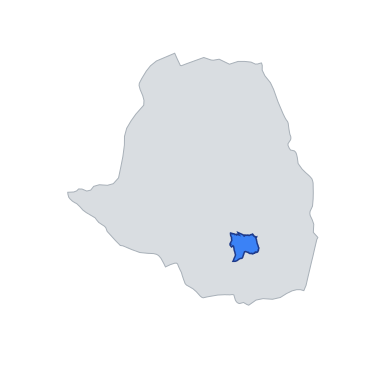 location of Mberengwa, Midlands, Zimbabwe, rotated 337°
{"feature_id": "62879985B72104982716343", "entity_name": "Mberengwa", "entity_type": "district", "adm_level": 2, "iso_a3": "ZWE", "parent_name": "Zimbabwe", "parent_adm1": "Midlands", "projection": "equal_earth", "projection_center": [30.19, -20.689], "detail": "fine", "context": "in_parent", "style": "filled", "palette": "blue", "viewbox_px": 384, "rotation_deg": 337, "n_neighbors": 0, "source": "geoboundaries", "source_scale": "gbopen_adm2", "svg_char_len": 5761}
<svg xmlns="http://www.w3.org/2000/svg" viewBox="0 0 384 384"><g transform="rotate(337 192 192)"><path d="M256.4,326.5L253.7,324.3L250.1,322.8L245.5,322.1L239.5,322.4L232.1,323.6L224.2,322.2L215.7,317.9L208.7,316.5L200.3,318.3L199.9,318.3L198.5,316.9L196.2,313.8L192.3,313.3L191.3,312.6L190.4,311.4L189.9,309.9L189.7,308.3L190.3,303.2L189.9,302.7L188.9,302.1L186.8,301.5L181.7,299.2L175.4,296.9L165.1,294.5L161.1,293.8L160.1,293.1L159.0,291.2L157.0,285.4L155.1,281.5L150.6,275.6L149.9,273.7L150.1,269.0L150.4,265.2L150.8,262.0L150.6,258.9L150.5,255.2L150.6,252.6L150.0,251.5L148.4,250.8L143.8,250.4L138.3,250.6L138.1,246.7L137.5,240.8L136.4,237.4L135.1,235.6L132.6,233.7L127.4,231.2L120.3,227.3L114.2,221.6L107.3,214.5L105.1,213.2L102.5,206.6L98.5,195.1L98.7,191.3L98.1,189.4L94.3,183.7L93.4,180.8L92.7,177.9L86.6,169.6L84.5,166.0L82.9,161.3L81.3,157.6L80.0,156.1L78.3,153.6L77.0,150.7L76.5,148.6L76.9,145.7L77.5,143.7L83.2,145.8L86.4,145.9L88.8,144.9L91.9,146.3L95.5,150.0L99.5,150.7L103.7,148.4L109.5,149.1L116.8,152.8L122.8,153.6L129.9,150.3L136.3,141.1L142.2,132.4L148.1,122.4L151.6,114.4L156.8,107.8L163.7,102.7L170.7,98.4L181.5,93.2L183.6,88.9L184.3,84.1L184.3,77.5L184.9,73.3L186.0,71.3L187.8,69.8L190.1,67.9L197.2,62.8L203.1,59.6L210.4,57.5L218.3,57.5L226.0,57.5L230.3,57.5L230.4,63.8L230.7,71.0L231.6,71.6L237.3,71.8L246.5,72.3L255.4,72.8L261.1,77.9L263.0,79.0L268.9,80.4L276.4,89.0L285.4,89.8L291.7,92.5L297.1,95.5L300.3,99.0L302.3,99.8L305.1,100.1L306.4,100.4L306.1,103.0L304.2,107.3L304.5,113.5L306.9,122.0L307.2,129.5L306.4,142.6L306.4,155.3L306.6,159.8L307.0,162.8L307.5,164.4L307.4,166.3L305.9,171.6L304.6,177.2L304.6,179.4L304.1,181.0L303.2,182.4L299.3,185.0L298.6,186.6L298.6,189.5L299.1,191.9L300.5,192.8L302.3,194.2L303.0,196.0L303.0,197.9L302.4,201.4L300.8,207.3L302.3,214.0L304.1,218.4L306.5,223.5L307.5,226.6L307.4,228.8L307.0,231.0L303.3,240.2L300.7,245.9L297.4,252.1L293.2,255.9L292.1,257.7L291.6,259.9L291.8,264.4L291.5,269.2L287.9,276.6L290.1,283.0L289.6,283.5L288.4,284.4L283.1,291.6L277.9,298.8L274.0,304.0L269.6,310.0L264.7,316.7L260.5,322.5L256.4,326.5Z" fill="#d9dde1" stroke="#a8b0b8" stroke-width="1"/><path d="M231.8,256.4L231.7,256.4L231.7,256.2L231.7,255.9L231.6,255.6L231.6,255.4L231.6,255.2L231.5,254.9L231.4,254.8L231.3,254.7L231.3,254.4L231.2,254.4L230.9,254.4L230.9,254.5L230.8,254.8L230.7,254.9L230.5,254.7L230.4,254.6L230.2,254.5L229.8,254.4L229.7,254.4L229.4,254.2L229.1,254.2L228.8,254.3L228.7,254.3L228.3,254.4L228.0,254.4L227.8,254.4L227.7,254.4L227.7,254.2L227.3,253.9L227.0,253.7L226.8,253.7L226.7,253.7L226.7,253.8L226.3,253.6L226.1,253.3L225.9,253.4L225.7,253.3L225.5,253.2L225.3,253.1L225.1,253.1L224.8,253.1L224.6,253.0L224.6,252.7L224.2,252.7L223.9,252.5L223.8,252.2L223.7,252.2L223.6,252.5L223.4,252.7L223.1,252.9L222.9,252.8L222.7,252.9L222.6,252.7L222.6,252.0L222.6,251.8L222.5,251.7L222.4,251.6L222.3,251.4L222.2,251.4L222.0,251.0L221.8,250.9L221.6,250.7L221.4,250.4L218.4,247.2L218.4,247.9L218.4,248.2L218.4,248.5L218.4,249.2L218.4,249.4L218.5,249.8L218.4,249.7L218.2,249.7L217.9,249.5L217.8,249.4L217.5,248.9L217.3,248.8L217.1,249.0L216.8,248.9L216.7,248.8L216.6,248.7L216.4,248.8L216.4,248.7L216.2,248.5L216.2,248.3L216.2,248.2L215.8,248.2L215.7,248.2L215.4,248.0L215.2,248.0L215.0,247.9L214.9,247.9L214.9,247.6L214.6,247.2L214.4,247.0L214.3,246.9L214.2,246.8L214.0,246.7L213.8,246.6L213.6,246.6L213.4,246.6L213.3,246.4L213.3,246.2L213.2,246.1L212.9,246.1L212.7,246.1L212.6,245.8L212.4,245.7L212.2,245.6L212.1,245.4L212.0,245.2L211.8,244.9L211.7,244.8L211.3,244.9L211.2,245.3L210.9,246.1L210.6,247.1L210.6,248.8L210.6,249.2L210.6,249.3L210.6,249.7L210.3,250.1L210.1,250.4L209.9,251.4L209.7,252.1L208.7,252.9L207.1,254.2L206.9,254.4L207.0,254.6L207.3,255.2L206.8,255.3L206.3,255.5L206.7,257.4L206.8,257.8L207.0,258.1L207.5,257.9L208.0,257.8L208.4,257.6L208.6,257.5L208.7,257.8L208.9,258.0L209.0,258.2L208.7,259.8L208.6,260.3L208.5,260.6L208.3,261.3L208.2,261.5L208.1,262.3L208.0,262.9L208.0,263.4L207.9,264.4L207.7,265.2L207.6,265.8L207.5,266.9L206.3,268.3L205.0,269.4L203.5,271.0L203.3,271.2L202.6,271.8L203.8,272.3L204.8,272.7L206.5,272.8L209.4,272.1L210.6,272.1L211.2,272.3L211.7,272.5L212.2,272.5L213.4,271.7L213.5,271.5L213.5,271.4L213.8,271.1L214.0,270.9L214.2,270.7L214.3,270.6L215.1,269.6L215.2,269.4L215.3,269.4L215.5,269.3L215.5,269.2L216.0,268.6L216.4,268.2L216.9,267.9L217.0,267.7L217.1,267.8L217.3,267.8L217.6,267.7L217.9,267.7L218.1,267.7L218.2,267.8L218.3,268.0L218.9,268.5L219.0,268.6L219.2,268.8L219.3,268.9L219.5,269.1L219.7,269.3L219.8,269.4L219.9,269.5L220.0,269.6L220.3,269.6L220.4,269.8L220.5,269.8L220.6,270.0L220.6,270.4L220.7,270.7L220.7,270.8L220.8,270.9L221.1,271.1L221.3,271.2L221.4,271.3L221.7,271.4L221.8,271.5L222.0,271.5L222.4,271.5L222.6,271.7L222.7,271.9L222.8,271.9L222.8,272.0L223.1,272.2L223.4,272.6L223.5,272.6L223.6,272.4L223.8,272.3L224.0,272.4L224.3,272.7L224.5,272.6L225.0,272.5L225.3,272.7L225.6,272.8L225.9,272.8L226.0,272.5L226.0,272.4L226.4,272.2L226.7,272.0L226.9,272.0L227.0,272.2L227.0,272.3L227.3,272.6L227.5,272.7L227.7,272.4L227.9,272.4L228.1,272.5L228.5,272.9L229.0,272.8L229.1,272.7L229.3,272.6L229.5,272.3L229.5,272.2L229.8,272.0L230.1,272.0L230.2,271.9L230.2,271.7L230.3,271.5L230.4,271.4L230.4,271.2L230.6,271.2L230.9,270.7L231.7,269.7L231.7,269.3L231.6,268.8L231.6,268.2L231.8,267.6L231.8,267.0L231.9,266.6L231.8,266.0L231.9,265.3L231.9,264.5L232.3,262.9L232.4,262.1L232.5,261.6L232.7,261.3L232.7,260.9L232.7,259.9L232.9,259.5L233.2,259.2L233.6,259.0L233.9,258.6L233.6,258.6L233.3,258.7L233.2,258.7L232.9,258.6L232.7,258.5L232.7,258.4L232.7,258.1L232.8,258.0L232.7,257.9L232.8,257.8L232.7,257.7L232.3,257.5L232.3,257.4L232.2,257.4L232.1,257.2L231.8,256.7L231.8,256.4L231.8,256.4Z" fill="#3b82f6" stroke="#1e3a8a" stroke-width="1.5"/></g></svg>